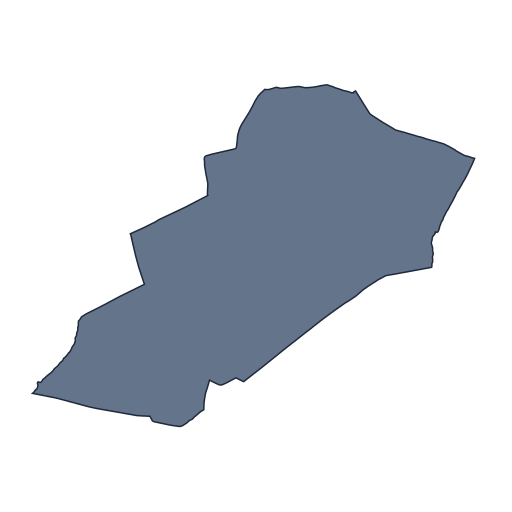 outline of Tepetitla de Lardizábal, Puebla, Mexico, rotated 277°
{"feature_id": "50627088B59420267366292", "entity_name": "Tepetitla de Lardizábal", "entity_type": "district", "adm_level": 2, "iso_a3": "MEX", "parent_name": "Mexico", "parent_adm1": "Puebla", "projection": "albers", "projection_center": [-98.379, 19.283], "detail": "fine", "context": "isolated", "style": "filled", "palette": "slate", "viewbox_px": 512, "rotation_deg": 277, "n_neighbors": 0, "source": "geoboundaries", "source_scale": "gbopen_adm2", "svg_char_len": 3863}
<svg xmlns="http://www.w3.org/2000/svg" viewBox="0 0 512 512"><g transform="rotate(277 256 256)"><path d="M266.2,431.7L267.7,431.8L269.6,431.5L271.4,432.0L273.2,431.9L276.9,431.2L278.2,431.5L280.0,431.7L281.8,430.9L283.8,430.5L285.6,430.3L287.2,429.7L289.5,428.6L290.8,428.4L293.5,428.8L295.6,428.7L296.9,429.2L297.6,429.3L298.6,430.2L300.3,431.1L300.9,430.9L301.6,430.8L301.7,431.1L301.7,431.9L301.6,432.6L301.8,433.3L302.6,433.8L304.5,434.4L305.0,434.4L306.8,434.7L308.1,434.8L309.7,435.3L312.0,435.7L313.9,436.7L315.0,437.1L315.9,437.2L317.6,437.6L319.1,438.2L322.8,439.5L324.5,440.3L326.0,441.1L327.9,441.8L331.1,443.0L334.4,444.4L340.5,446.6L344.2,447.7L344.4,447.9L346.5,449.1L351.3,451.2L354.4,452.4L357.9,454.0L362.1,455.6L374.1,459.6L379.5,461.1L379.5,460.8L380.2,456.8L380.9,453.5L380.9,451.9L381.4,450.1L382.1,448.3L383.5,444.9L384.8,441.7L385.5,440.8L388.3,433.9L389.7,430.0L389.8,429.8L390.0,429.1L390.4,427.3L390.9,424.1L391.4,421.2L391.5,421.0L391.6,420.5L391.8,418.7L392.2,415.6L393.0,410.7L393.7,407.4L394.1,405.1L394.4,402.2L395.1,398.4L396.0,392.8L396.9,387.5L397.5,383.1L397.5,382.6L398.2,378.8L399.1,377.0L401.5,371.5L404.4,364.9L409.9,353.6L411.0,351.7L419.9,344.4L432.0,334.7L430.6,333.0L429.9,333.0L429.9,332.8L429.7,330.8L430.5,327.0L431.0,321.9L431.2,321.6L431.9,318.2L432.7,313.8L433.2,312.4L433.8,309.8L433.7,309.4L434.5,306.5L434.5,305.2L432.8,299.1L432.0,297.0L430.8,293.1L429.6,287.8L429.0,283.9L429.5,278.3L429.1,275.7L425.9,262.6L425.4,259.6L425.8,257.2L425.9,255.7L425.5,254.5L424.8,253.1L423.3,249.6L422.7,248.2L422.4,245.2L422.5,244.5L418.1,240.8L415.5,238.9L410.0,236.3L404.3,234.3L397.3,231.5L390.0,228.1L385.8,226.1L382.7,224.9L380.4,224.2L375.9,223.4L374.2,223.2L372.6,223.1L367.8,223.3L364.8,223.3L362.6,223.3L361.4,223.3L360.6,223.0L359.8,222.1L351.9,200.3L350.2,196.2L349.4,194.4L348.7,193.5L347.9,193.0L347.1,192.8L346.0,192.8L343.1,193.5L340.8,193.7L337.8,194.4L335.2,195.2L331.0,196.4L326.1,198.1L322.2,199.3L320.7,199.5L311.5,200.2L310.2,200.8L295.4,179.2L280.5,155.6L279.1,153.8L277.3,151.6L275.9,149.4L270.6,141.4L263.2,129.3L262.7,128.5L261.8,129.2L260.8,129.5L255.4,131.4L241.1,136.7L230.5,141.0L214.7,148.5L214.3,148.7L199.3,125.8L189.3,111.6L184.8,105.0L180.5,98.5L177.7,94.3L175.8,92.0L174.4,90.3L174.3,90.2L174.0,90.1L171.2,88.8L169.8,87.7L167.0,87.9L166.3,88.0L165.1,88.2L163.6,87.8L162.0,88.0L159.6,88.0L158.2,87.5L154.8,87.5L153.7,86.9L152.7,86.6L151.6,86.6L150.0,87.0L146.6,86.4L144.7,85.4L143.4,84.7L142.2,84.3L141.6,84.2L140.0,83.7L138.8,83.1L137.7,82.5L136.7,81.6L135.3,81.0L133.1,79.5L131.8,78.5L131.0,77.5L129.7,77.3L127.8,76.2L127.0,75.3L125.8,74.3L124.4,73.6L123.2,72.9L121.9,71.9L121.1,71.1L119.8,69.9L118.9,69.2L117.4,68.6L115.0,66.6L113.2,64.7L110.7,62.4L109.7,61.7L109.0,61.1L108.1,60.1L107.3,59.4L106.0,59.0L104.7,58.0L104.1,57.0L104.4,56.2L104.5,55.4L104.3,54.8L103.3,54.5L102.0,54.9L100.7,55.4L98.8,55.1L98.1,54.9L97.3,54.5L95.9,53.2L94.7,52.7L93.5,51.9L92.4,50.9L90.7,74.7L86.0,108.1L85.2,116.8L83.1,157.1L83.5,163.9L83.6,164.9L84.0,170.2L79.8,173.2L79.1,174.9L78.4,182.9L77.8,189.8L77.6,193.3L77.6,193.7L77.5,196.8L77.5,199.3L77.5,201.3L78.5,203.6L81.8,207.6L84.6,210.0L86.4,212.8L88.6,214.3L91.0,216.6L94.6,219.8L96.0,221.6L97.0,222.9L104.0,222.3L109.0,222.4L113.9,222.7L119.6,223.8L127.1,225.0L125.1,230.6L123.8,234.6L123.6,236.5L124.1,238.3L126.5,242.2L132.4,250.6L132.6,250.9L129.9,258.6L129.8,259.1L138.2,267.4L143.8,273.1L148.2,277.4L158.2,287.1L161.5,290.3L166.9,295.5L170.4,299.0L177.9,306.5L178.7,307.3L185.5,314.0L190.6,319.2L193.1,321.6L201.4,329.9L203.6,332.2L208.7,337.6L212.2,341.4L212.5,341.7L218.7,348.5L220.2,350.2L222.4,353.1L225.6,356.8L228.6,360.2L230.7,362.1L232.6,363.8L233.4,364.5L235.4,366.3L239.3,370.6L241.2,372.8L245.7,378.3L247.3,380.1L250.2,384.3L252.4,387.4L254.7,395.2L254.9,395.8L266.2,431.7Z" fill="#64748b" stroke="#1e293b" stroke-width="1.5"/></g></svg>